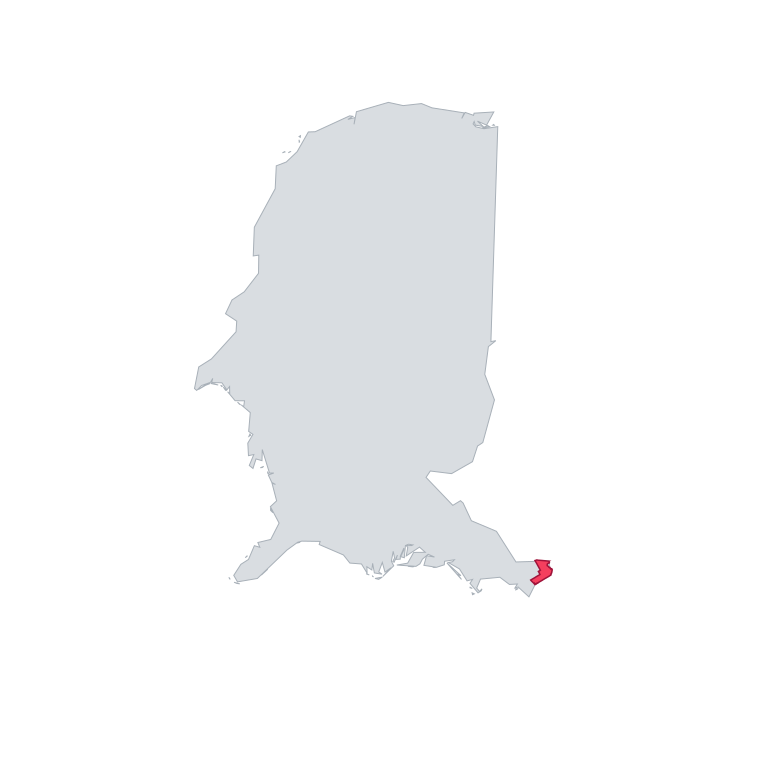 Aroostook, Maine, United States of America shown in context, rotated 60°
{"feature_id": "52423323B61306663314312", "entity_name": "Aroostook", "entity_type": "district", "adm_level": 2, "iso_a3": "USA", "parent_name": "United States of America", "parent_adm1": "Maine", "projection": "orthographic", "projection_center": [-68.421, 46.517], "detail": "fine", "context": "in_parent", "style": "filled", "palette": "rose", "viewbox_px": 768, "rotation_deg": 60, "n_neighbors": 0, "source": "geoboundaries", "source_scale": "gbopen_adm2", "svg_char_len": 5685}
<svg xmlns="http://www.w3.org/2000/svg" viewBox="0 0 768 768"><g transform="rotate(60 384 384)"><path d="M567.8,360.3L604.1,358.7L619.7,329.7L632.8,334.8L633.0,353.0L640.8,364.9L626.9,369.3L626.1,372.6L623.9,368.5L620.3,375.6L609.3,380.3L601.2,398.0L607.1,405.8L611.4,405.0L610.4,401.6L611.7,403.2L611.9,407.0L599.6,409.2L597.5,405.0L596.0,410.5L581.9,411.1L570.8,417.5L572.2,413.5L571.4,410.9L567.8,420.2L570.7,422.2L569.0,430.2L561.0,440.1L554.0,433.0L559.1,426.8L553.5,430.9L554.9,438.3L557.7,442.8L557.9,447.5L547.2,463.4L551.0,453.1L544.7,442.5L550.4,432.4L543.0,434.8L544.0,450.7L537.5,445.2L535.1,445.5L537.8,440.8L537.8,439.4L535.0,442.9L534.6,446.2L544.6,453.3L541.9,455.9L537.7,449.9L536.0,448.8L541.3,456.0L543.8,457.5L541.9,461.3L538.9,457.9L543.4,464.4L542.1,465.1L539.9,461.8L533.5,459.7L541.1,466.2L546.3,466.5L550.1,481.3L546.6,469.9L547.4,477.2L537.7,474.7L544.1,482.5L547.7,480.8L542.8,486.8L533.6,483.5L539.0,487.5L533.7,490.2L539.3,493.2L528.6,493.5L522.0,503.1L511.8,504.6L490.6,520.4L488.4,518.0L479.0,533.7L477.9,537.8L479.3,551.1L489.1,590.9L482.1,609.8L474.6,609.8L468.6,598.1L468.2,589.1L459.2,577.1L463.3,573.2L458.2,572.5L462.0,559.8L452.0,544.4L433.4,543.7L431.5,535.4L414.0,530.6L416.7,528.2L413.1,530.4L405.0,529.7L406.0,523.9L403.9,527.7L379.9,522.2L389.4,528.0L384.9,532.3L391.6,539.7L387.2,541.4L380.0,532.0L378.3,537.2L367.1,531.5L362.1,522.7L357.4,524.9L341.9,514.1L330.6,518.1L333.5,516.9L328.8,513.2L324.0,521.3L312.5,523.3L315.3,522.5L309.0,519.0L310.5,523.0L301.9,523.8L296.6,532.5L293.5,529.5L295.8,533.4L294.1,542.7L295.9,549.4L293.2,550.4L276.6,535.9L276.0,520.9L264.8,486.0L255.9,480.1L243.9,486.1L235.2,473.6L234.3,459.0L225.4,437.3L209.8,428.0L207.7,433.2L183.4,417.9L160.5,380.6L141.2,368.2L142.9,357.6L139.4,343.1L127.9,323.5L131.1,317.5L134.6,279.7L136.6,277.2L136.8,283.0L138.8,275.8L144.1,280.1L134.4,271.7L142.3,239.4L152.5,228.2L159.9,211.3L168.8,204.4L189.3,179.0L192.9,183.9L189.4,177.9L196.1,172.1L194.5,170.6L203.3,152.9L211.1,165.7L203.1,171.6L210.6,169.3L205.4,175.5L201.8,174.7L203.3,176.8L207.2,175.9L212.9,169.8L218.0,156.8L400.7,270.2L402.4,265.5L403.8,274.9L426.0,291.9L453.0,296.3L484.1,327.7L484.5,334.0L495.5,346.2L495.4,370.3L482.5,387.4L485.9,394.3L523.5,385.1L523.3,376.1L526.6,375.0L546.1,376.7L567.8,360.3ZM585.9,415.3L592.0,414.6L570.3,419.0L588.4,413.2L585.9,415.3ZM213.9,163.9L212.0,169.4L211.4,170.0L212.0,165.0L213.9,163.9ZM296.0,547.7L295.4,538.8L296.7,534.3L295.9,539.2L296.0,547.7ZM628.3,370.0L628.2,372.8L627.3,372.2L628.3,370.0ZM361.8,525.1L361.8,527.2L360.3,525.1L361.8,525.1ZM130.0,335.5L132.2,336.1L132.2,336.5L130.0,335.5ZM128.5,333.2L127.2,333.8L127.2,332.2L128.5,333.2ZM605.2,409.8L603.4,411.4L603.0,411.0L605.2,409.8ZM299.1,530.7L296.9,533.8L302.0,528.1L299.1,530.7ZM486.4,577.9L488.2,585.8L486.0,577.2L486.4,577.9ZM136.0,348.8L135.9,351.3L135.8,348.9L136.0,348.8ZM483.2,611.1L480.7,613.0L485.0,608.8L483.2,611.1ZM550.5,486.3L547.9,489.0L550.4,482.0L550.5,486.3ZM215.1,159.1L214.2,160.4L214.1,159.2L215.1,159.1ZM310.2,524.4L306.3,524.7L310.5,523.9L310.2,524.4ZM610.9,410.7L610.7,412.7L608.9,412.1L610.9,410.7ZM133.5,353.7L133.0,356.4L133.1,353.8L133.5,353.7ZM305.1,525.7L303.4,526.1L305.0,525.1L305.1,525.7ZM556.7,450.6L553.8,454.5L557.2,449.1L556.7,450.6ZM329.1,519.3L326.4,519.9L330.4,518.6L329.1,519.3ZM479.2,535.8L478.3,538.8L478.4,536.6L479.2,535.8ZM540.2,493.8L539.3,494.3L542.0,492.2L540.2,493.8ZM440.0,544.5L436.8,545.4L435.6,544.8L440.0,544.5ZM403.9,528.9L403.3,529.3L401.6,528.7L403.9,528.9ZM464.8,588.8L465.0,591.0L464.3,588.2L464.8,588.8ZM395.5,531.1L394.7,533.0L395.2,529.4L395.5,531.1ZM475.5,615.1L473.8,615.0L476.3,614.8L475.5,615.1ZM568.4,431.6L567.1,433.5L568.7,430.7L568.4,431.6ZM545.9,489.5L544.8,490.1L544.6,490.0L545.9,489.5Z" fill="#d9dde1" stroke="#a8b0b8" stroke-width="1"/><path d="M632.9,353.6L632.8,353.4L633.0,353.4L632.9,352.9L633.1,352.9L633.0,352.6L632.9,352.6L632.9,352.4L632.9,352.2L633.0,351.9L633.2,351.7L633.3,351.7L633.2,351.4L633.0,351.2L632.9,351.1L632.9,350.9L633.1,350.7L633.3,350.7L633.4,350.4L633.2,350.2L633.1,349.8L633.1,349.2L633.1,348.8L633.1,346.8L633.1,345.6L633.0,343.4L633.0,343.1L633.0,341.3L633.0,341.2L633.0,339.2L633.0,338.7L633.0,337.6L632.9,335.9L632.9,335.7L632.9,335.4L632.9,335.1L632.8,334.9L632.7,334.9L632.4,334.7L632.2,334.6L632.0,334.4L632.0,334.2L631.9,334.1L631.8,333.9L631.7,333.9L631.6,333.7L631.5,333.4L631.4,333.3L631.3,333.2L631.1,333.1L630.9,332.9L630.8,332.7L630.7,332.7L630.4,332.5L630.3,332.4L630.2,332.3L630.2,332.2L629.9,332.1L629.7,331.9L629.6,331.7L629.4,331.5L629.2,331.4L629.0,331.2L628.9,331.2L628.7,331.2L628.4,331.1L628.2,331.2L627.9,331.1L627.7,331.2L627.6,331.3L627.5,331.6L627.5,331.8L627.6,332.0L627.2,332.1L626.9,332.2L626.7,332.0L626.4,332.0L626.2,332.0L625.9,332.1L625.7,332.1L625.6,332.3L625.6,332.5L625.4,332.7L625.2,332.7L625.0,332.8L624.9,332.7L624.7,332.7L624.3,332.8L624.2,332.8L624.0,333.0L623.9,333.0L623.7,333.0L623.4,333.2L623.3,333.3L623.2,333.3L623.0,333.5L622.9,333.5L622.7,333.4L622.5,333.2L622.4,333.2L622.2,333.1L622.0,332.9L621.9,332.8L621.7,332.7L621.5,332.4L621.5,332.2L621.4,332.0L621.4,331.9L621.5,331.8L621.4,331.7L621.4,330.9L621.5,330.8L621.6,330.7L621.6,330.3L621.5,330.2L621.4,330.1L621.2,330.2L620.9,330.1L620.6,329.9L620.4,329.9L620.1,329.8L619.9,329.8L619.9,329.7L617.9,332.5L616.7,334.2L614.4,337.5L613.9,338.3L613.2,339.1L612.7,339.8L612.5,341.2L612.4,341.5L615.2,341.5L623.5,341.7L623.5,344.0L624.6,344.0L627.0,344.2L627.0,347.7L627.0,348.8L627.1,350.0L627.1,351.1L627.1,351.3L627.1,352.5L627.1,353.8L627.1,354.9L627.1,355.0L627.3,355.0L628.7,354.7L630.7,354.1L632.1,353.8L632.0,353.6L632.3,353.7L632.9,353.6Z" fill="#f43f5e" stroke="#9f1239" stroke-width="1.5"/></g></svg>